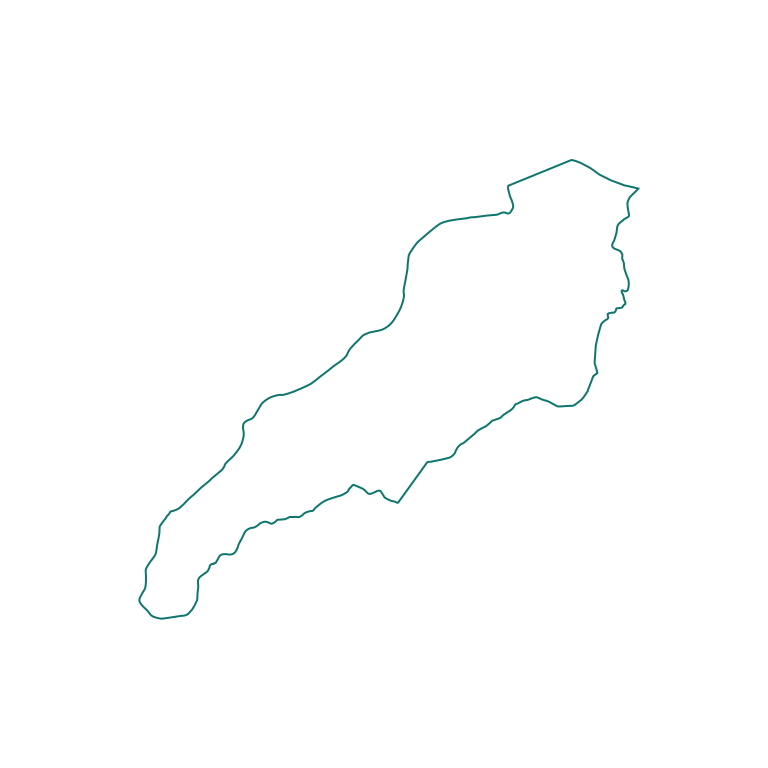 Mercedes de Oriente, La Paz, Honduras, rotated 246°
{"feature_id": "27666195B10683229568553", "entity_name": "Mercedes de Oriente", "entity_type": "district", "adm_level": 2, "iso_a3": "HND", "parent_name": "Honduras", "parent_adm1": "La Paz", "projection": "robinson", "projection_center": [-87.785, 13.926], "detail": "fine", "context": "isolated", "style": "outline", "palette": "teal", "viewbox_px": 768, "rotation_deg": 246, "n_neighbors": 0, "source": "geoboundaries", "source_scale": "gbopen_adm2", "svg_char_len": 6138}
<svg xmlns="http://www.w3.org/2000/svg" viewBox="0 0 768 768"><g transform="rotate(246 384 384)"><path d="M253.6,107.5L253.4,109.7L253.5,111.2L254.5,113.6L255.9,116.8L256.3,117.5L259.1,121.3L262.1,124.9L262.8,125.5L263.9,126.2L268.6,128.5L274.0,131.7L275.2,132.2L277.9,133.2L280.3,134.3L281.2,135.1L282.0,136.1L282.5,137.2L283.0,138.8L284.6,146.5L285.1,147.3L286.4,148.9L287.2,149.8L288.7,150.8L289.2,151.6L289.6,153.2L289.4,154.0L288.9,155.0L289.0,155.5L289.4,156.4L289.1,157.2L289.1,157.6L293.2,163.1L293.8,164.1L294.1,164.9L294.2,165.8L294.2,166.7L293.7,168.5L293.0,170.2L291.2,173.1L290.5,174.9L290.3,175.9L290.3,177.1L290.4,178.1L290.6,179.0L291.4,180.5L292.4,181.9L293.8,183.5L296.2,185.6L297.4,186.9L301.3,192.0L304.8,196.0L305.6,197.3L306.2,198.6L306.5,200.0L306.7,201.4L306.6,203.7L306.4,204.7L305.9,206.2L305.7,207.7L306.0,210.4L306.8,212.9L307.1,214.3L307.1,216.3L306.9,218.2L306.6,219.3L306.0,220.4L304.4,222.2L302.7,223.6L302.3,224.2L302.0,224.8L301.9,226.0L302.2,228.2L302.6,229.5L303.2,230.9L303.3,231.4L300.8,238.3L300.7,241.0L300.9,243.4L300.8,243.9L298.0,250.3L297.1,251.9L296.9,252.6L297.2,255.4L297.5,256.5L298.2,258.3L298.4,260.1L298.4,261.3L298.1,263.5L297.7,265.6L297.2,266.8L297.2,267.6L297.4,268.3L298.6,270.6L299.4,273.3L300.7,278.2L301.3,282.2L301.3,284.8L300.8,290.5L300.3,295.1L299.7,298.9L299.7,301.1L300.0,304.4L300.3,306.3L300.6,307.3L301.0,307.9L301.7,308.5L302.1,309.1L304.2,313.9L304.3,314.5L304.3,314.9L304.0,315.4L303.4,316.1L297.0,322.0L294.0,323.5L291.0,324.6L290.2,325.1L289.8,325.6L289.3,326.4L289.1,327.5L288.9,330.4L289.0,333.7L289.0,334.9L288.7,336.0L288.2,336.8L287.5,337.3L286.4,337.6L280.3,338.4L279.8,338.6L277.3,340.4L275.0,342.4L274.3,343.1L272.4,345.7L271.6,346.5L270.4,347.5L269.9,348.3L270.0,348.9L295.0,391.8L293.8,395.8L291.8,404.4L290.2,413.1L290.1,414.4L290.2,415.5L290.8,417.9L291.5,419.7L292.1,420.6L294.0,422.6L295.9,425.2L296.7,426.7L297.4,428.6L297.7,430.2L297.7,432.1L297.8,432.9L301.7,446.5L302.9,449.5L303.3,450.8L303.8,455.2L303.9,459.9L305.3,464.7L306.4,467.7L306.4,468.4L306.1,471.1L305.7,476.4L307.2,480.6L308.7,489.8L309.9,492.8L310.5,493.7L311.5,494.8L311.9,495.8L311.8,498.1L312.1,501.8L312.1,503.8L311.8,506.1L311.0,508.9L310.7,514.6L310.2,517.3L309.8,518.1L308.7,519.3L305.3,522.3L303.0,525.1L300.9,527.3L299.8,528.2L293.8,532.7L293.0,533.5L292.3,534.7L291.6,536.4L289.4,542.4L287.6,546.9L287.3,548.0L287.3,549.1L287.4,550.2L289.0,556.9L289.5,558.4L290.5,560.6L294.6,567.2L296.1,568.4L298.6,571.0L305.9,578.2L306.1,578.7L307.1,582.7L307.2,583.3L309.8,583.9L315.9,584.7L318.1,585.2L333.1,593.2L341.4,599.3L347.1,604.0L350.4,606.9L350.9,607.7L351.7,610.0L352.2,612.0L352.4,614.2L352.8,615.2L353.2,615.7L353.7,616.0L355.5,616.2L356.9,616.8L357.1,617.0L357.1,618.2L356.7,620.3L356.5,621.3L355.8,622.6L355.8,623.6L355.9,624.4L356.3,625.1L358.3,626.8L358.5,627.1L357.2,631.5L357.1,632.3L357.2,632.9L358.6,635.2L358.9,636.1L358.8,636.8L360.3,637.7L361.8,637.7L363.5,637.8L366.5,638.4L368.2,638.7L369.1,638.7L370.2,638.5L370.9,638.5L372.3,638.9L372.7,639.3L372.7,639.6L372.6,640.0L372.1,640.6L371.1,641.2L370.6,642.0L370.3,642.8L370.2,643.8L370.6,644.7L371.8,645.9L374.3,647.5L376.7,648.7L379.6,649.6L381.2,649.8L384.4,649.8L391.1,650.4L393.8,651.2L396.9,652.3L399.4,652.5L401.5,652.5L404.5,654.0L405.4,654.4L405.8,654.5L408.4,654.1L409.5,653.7L411.3,652.2L413.5,649.9L415.2,648.8L416.0,648.6L416.7,648.6L417.4,648.7L418.2,649.0L419.6,650.2L421.5,652.7L427.6,657.9L432.4,660.8L433.3,661.5L434.0,662.3L434.6,663.2L435.2,664.6L435.8,666.3L436.2,668.5L436.8,669.9L437.3,674.6L437.5,675.5L437.9,676.1L438.5,676.5L439.1,676.8L442.5,677.5L446.4,678.5L448.5,679.3L449.8,679.7L451.5,680.9L453.0,682.5L454.2,683.9L455.0,685.2L458.4,694.4L459.1,695.8L463.4,690.3L467.8,684.3L476.5,675.4L478.3,673.7L487.5,666.1L497.4,660.3L505.7,653.8L509.8,649.8L512.4,646.4L514.6,578.2L512.4,577.0L511.2,576.6L504.0,575.4L500.3,575.4L497.6,575.1L495.4,574.8L493.8,574.3L493.0,573.9L492.4,573.4L490.8,571.4L489.5,569.3L489.2,568.7L489.1,568.0L489.1,567.3L489.4,566.4L491.3,564.4L491.9,563.4L492.3,562.4L492.6,560.3L492.6,557.2L492.7,556.1L496.1,546.2L499.3,535.4L501.1,530.5L501.9,526.5L504.1,519.5L505.8,513.3L506.8,509.3L507.5,504.6L507.6,502.6L507.6,500.5L507.4,499.2L506.8,496.2L504.7,488.2L500.2,473.2L499.0,470.5L496.0,465.4L493.4,461.3L491.7,459.2L490.8,458.5L483.3,454.1L480.0,452.5L478.6,451.6L470.3,446.0L462.4,440.5L460.5,439.5L457.6,438.6L456.2,438.0L454.6,437.0L451.8,434.9L447.5,431.0L445.2,428.4L441.6,423.6L439.1,420.0L437.9,418.0L436.4,415.0L435.5,412.6L435.0,410.4L434.5,407.6L434.4,404.7L434.5,403.3L434.9,400.9L436.9,391.8L437.1,387.8L437.0,385.7L436.9,384.5L436.3,382.8L434.6,378.9L432.6,373.4L430.5,368.6L429.5,366.7L428.5,365.2L426.9,363.2L425.2,361.5L423.6,357.7L422.5,353.8L420.7,344.8L418.5,336.5L416.9,329.4L415.2,323.1L413.9,317.0L413.7,313.4L413.6,306.6L413.8,297.9L414.3,292.2L415.0,287.7L415.3,286.8L416.4,284.6L417.1,282.0L417.6,279.3L417.9,276.0L417.9,273.6L417.6,271.2L417.2,268.9L416.6,266.6L415.8,264.4L415.3,263.5L413.3,260.8L410.1,256.2L408.2,253.7L406.8,251.3L406.3,249.9L406.1,248.3L406.1,247.2L406.3,245.2L406.1,242.9L405.8,241.3L405.1,240.0L404.6,239.4L403.8,238.7L401.9,237.6L400.3,237.0L398.1,236.5L396.7,236.1L395.3,235.5L393.6,234.6L391.4,233.1L389.7,231.7L387.4,229.6L385.9,227.9L384.3,225.9L382.2,222.4L379.3,216.7L376.9,209.6L375.7,206.8L375.0,205.7L373.9,204.9L373.4,204.3L371.9,201.9L371.1,199.8L367.8,188.2L366.7,185.5L363.6,174.4L360.2,164.9L359.2,161.3L358.5,159.1L357.3,156.0L355.6,151.9L354.2,147.7L353.7,145.3L353.6,142.8L353.8,140.0L354.3,137.0L353.3,135.6L352.4,134.1L352.0,133.0L351.6,131.8L350.4,130.4L350.0,129.7L347.9,125.7L346.1,122.7L345.2,121.4L344.7,120.9L339.4,118.3L335.4,115.7L329.1,111.2L324.4,108.3L322.3,106.8L321.1,105.6L320.0,104.2L317.3,99.3L315.8,96.7L313.4,93.1L312.1,91.6L311.2,90.8L310.1,90.2L305.7,88.6L300.4,86.2L297.6,84.7L295.4,83.3L294.6,82.7L293.8,81.8L290.8,77.5L287.8,73.8L286.5,72.8L284.9,72.2L283.0,72.3L281.2,72.6L278.8,73.4L273.3,75.6L267.9,77.0L266.9,77.5L265.9,78.1L263.8,80.1L261.3,83.3L260.3,84.9L259.9,85.8L258.1,91.9L254.8,104.0L253.6,107.5Z" fill="none" stroke="#0f766e" stroke-width="2"/></g></svg>